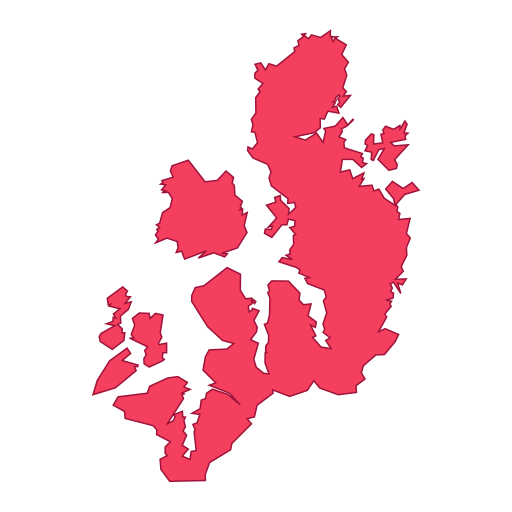 Øksnes nor, Nordland, Norway (Albers equal-area conic projection)
{"feature_id": "86288312B99132950125054", "entity_name": "Øksnes nor", "entity_type": "district", "adm_level": 2, "iso_a3": "NOR", "parent_name": "Norway", "parent_adm1": "Nordland", "projection": "albers", "projection_center": [15.043, 68.874], "detail": "fine", "context": "isolated", "style": "filled", "palette": "rose", "viewbox_px": 512, "rotation_deg": 0, "n_neighbors": 0, "source": "geoboundaries", "source_scale": "gbopen_adm2", "svg_char_len": 6090}
<svg xmlns="http://www.w3.org/2000/svg" viewBox="0 0 512 512"><path d="M251.5,423.8L247.1,418.7L254.4,417.0L257.1,405.2L273.0,393.3L272.7,389.9L289.7,396.4L307.3,390.4L313.8,380.7L319.9,388.1L338.3,394.7L356.4,392.4L356.1,385.6L365.0,379.0L361.4,372.8L363.3,365.8L376.0,354.9L384.4,354.6L395.1,341.7L398.6,334.5L385.1,328.7L378.5,331.7L386.7,317.0L384.8,314.0L391.2,306.3L389.8,304.0L391.6,301.2L385.8,300.1L393.0,298.1L393.5,293.1L390.6,291.6L392.3,288.1L390.4,283.9L393.5,282.2L400.8,293.5L397.7,283.1L402.4,284.9L406.2,278.9L395.4,279.3L403.3,271.2L401.2,266.6L406.8,255.4L406.4,247.7L410.3,238.0L406.4,233.4L410.1,218.4L398.6,219.5L399.9,213.4L396.9,211.4L397.8,207.1L395.9,204.5L404.7,194.5L419.0,190.2L412.1,182.5L403.2,188.5L392.4,181.4L385.7,189.1L393.6,198.7L395.1,205.3L384.3,198.3L378.9,189.1L373.9,191.0L372.0,185.2L359.1,186.3L363.9,178.6L361.7,179.3L363.9,172.9L352.7,178.6L349.7,169.8L340.4,172.1L342.4,159.4L352.8,159.4L361.6,167.5L366.6,163.6L362.4,162.8L363.2,158.2L360.8,156.7L362.4,153.6L344.3,147.8L343.9,142.0L345.8,139.7L339.0,136.9L342.3,131.6L341.4,129.0L347.0,126.0L353.4,119.8L352.8,119.3L347.8,125.0L342.9,117.5L335.3,126.1L323.9,128.5L325.6,131.2L323.1,142.4L316.6,133.1L305.4,140.1L294.9,136.8L314.3,132.7L320.4,127.7L320.1,118.5L324.3,119.1L327.8,111.2L338.9,113.1L336.6,106.2L332.5,107.2L335.3,102.7L332.9,101.9L336.2,100.4L335.5,97.7L338.9,94.9L340.1,96.1L337.8,98.5L339.7,102.3L337.8,104.7L340.7,107.4L350.5,95.4L343.3,96.1L346.4,91.6L342.8,87.8L346.8,75.3L344.5,68.8L348.4,62.2L341.7,54.5L346.3,44.9L335.5,38.3L337.4,36.8L335.5,36.8L333.3,41.5L331.3,38.0L333.6,36.8L330.3,36.3L330.4,30.7L320.5,37.5L311.5,34.9L308.4,38.8L303.6,34.8L306.4,33.5L301.6,34.2L303.5,36.5L297.9,40.7L299.0,45.4L294.0,47.8L294.7,51.6L276.6,66.1L268.9,63.7L265.4,69.9L260.8,62.9L255.0,64.3L257.9,70.3L254.8,73.3L255.0,78.3L262.9,83.4L258.1,89.1L260.0,91.8L255.7,97.6L255.9,113.0L251.3,119.4L253.0,124.6L251.4,131.9L254.9,132.2L257.5,142.7L252.3,149.0L248.0,146.9L247.6,150.6L253.0,158.0L267.6,164.3L271.0,172.0L269.0,177.9L271.3,185.8L288.1,198.7L287.6,203.4L294.6,202.5L295.7,207.5L288.4,214.4L289.2,208.7L280.6,200.3L280.3,195.5L274.6,197.5L275.9,202.1L266.5,205.2L276.7,217.9L268.4,227.1L272.2,226.0L271.5,229.5L265.3,229.1L264.5,233.3L271.8,237.4L281.9,224.8L286.9,224.8L288.4,219.1L295.0,220.6L294.7,226.2L289.8,227.7L295.7,234.5L293.4,235.3L293.6,244.5L289.7,249.9L290.3,253.8L286.1,255.3L292.4,259.5L282.2,257.6L278.9,261.8L296.3,267.4L300.1,270.0L298.8,273.0L309.3,277.7L304.9,278.4L307.6,283.6L324.2,290.0L326.3,297.0L323.4,300.8L326.7,312.8L323.0,323.9L324.7,329.4L323.1,332.4L330.1,337.7L325.7,340.5L331.1,348.6L321.1,347.1L312.6,337.4L315.9,335.9L310.5,325.1L315.3,327.4L316.3,322.0L308.0,315.8L311.1,303.9L303.4,304.7L299.1,300.0L299.9,293.1L288.4,281.1L271.8,280.9L267.9,285.0L269.5,290.7L267.7,292.7L269.9,297.7L269.5,315.0L267.5,323.1L264.4,324.3L268.7,335.5L268.5,342.4L265.8,345.9L265.6,352.0L267.5,352.8L265.2,352.8L265.0,362.8L269.0,374.0L263.6,373.2L256.3,367.4L253.8,359.3L258.3,343.2L250.6,339.7L256.4,332.0L257.3,327.4L253.9,320.4L259.1,310.8L251.8,308.1L253.1,309.2L249.1,311.9L248.3,306.2L252.1,303.5L251.2,299.6L254.5,303.7L255.8,301.5L251.4,298.1L245.6,298.8L240.3,290.2L240.5,274.2L227.1,267.6L204.0,285.7L195.2,287.6L191.7,295.7L191.7,301.5L207.8,326.9L222.5,340.4L233.8,343.5L226.7,349.1L209.2,349.9L205.4,356.7L203.0,370.1L215.7,382.8L209.3,385.3L229.4,393.1L240.2,404.9L227.8,394.4L212.4,389.2L206.6,393.2L205.5,398.6L201.2,400.2L200.1,408.7L192.0,413.3L199.9,414.4L197.0,422.9L192.9,424.4L195.2,429.9L194.1,431.8L196.2,450.7L191.2,451.4L190.0,459.5L182.3,456.1L188.3,449.1L182.3,445.3L186.6,435.2L183.1,431.0L185.4,426.8L183.9,420.6L185.4,417.1L182.7,417.1L182.4,411.3L173.5,414.8L175.0,416.7L173.5,420.6L167.3,423.7L183.5,398.6L181.9,394.6L184.0,393.9L182.2,392.9L190.1,389.4L183.9,387.1L187.4,382.4L177.8,376.6L167.6,378.0L149.6,386.3L147.3,393.2L118.1,396.8L113.2,405.2L124.5,411.4L125.1,418.4L153.0,425.6L156.8,429.8L156.6,434.6L170.4,441.8L165.2,446.9L165.1,453.3L167.2,455.6L160.1,459.3L160.9,469.3L169.7,481.3L205.4,480.5L205.3,474.4L209.6,462.5L230.6,449.8L231.9,443.4L251.5,423.8ZM188.3,160.2L172.0,165.8L170.4,171.1L173.2,177.2L161.9,180.6L163.2,182.6L160.7,184.1L165.7,184.9L161.6,189.8L165.6,191.0L161.8,192.6L168.4,192.4L172.3,198.6L170.0,207.7L162.6,212.5L159.6,223.2L156.5,224.8L159.6,227.6L156.7,229.5L158.0,231.4L155.4,235.0L158.4,239.2L155.6,242.9L167.0,238.1L177.2,241.5L178.1,247.7L176.2,252.5L181.6,251.2L184.6,259.1L206.3,250.9L198.3,258.1L213.8,252.8L224.6,256.9L227.3,253.7L221.7,253.3L237.4,247.9L247.0,232.5L244.2,225.7L247.2,212.5L242.2,214.9L242.6,209.4L238.9,209.9L242.3,208.8L240.3,206.7L242.4,201.3L234.9,195.1L234.3,185.5L232.2,183.2L233.5,177.4L226.0,171.0L217.2,180.4L205.1,181.8L188.3,160.2ZM149.1,313.4L139.3,313.0L132.4,318.4L134.7,325.3L131.2,334.6L133.9,338.1L129.6,338.1L147.7,346.9L144.7,350.4L146.2,355.0L143.9,358.5L144.1,363.9L149.3,367.0L162.7,360.8L164.3,359.3L162.4,358.1L162.8,352.7L166.6,352.7L166.6,343.1L158.9,344.6L158.5,343.1L161.8,337.3L160.3,332.7L163.0,315.0L155.5,313.4L150.1,318.4L149.1,313.4ZM404.9,121.0L400.1,129.0L399.8,125.5L393.6,129.3L385.5,126.2L382.8,130.1L384.0,133.5L380.9,134.3L382.8,142.8L373.6,144.0L373.8,134.7L371.3,133.9L365.5,140.1L365.1,143.9L367.6,145.5L365.0,150.8L371.6,152.1L371.2,159.4L373.2,160.5L378.8,149.7L384.4,148.4L378.0,159.4L388.9,170.3L396.5,168.4L397.2,164.4L394.6,159.7L408.2,144.8L394.4,145.9L390.5,142.4L405.7,139.4L405.0,135.9L407.9,133.2L404.0,132.8L407.1,124.3L404.9,121.0ZM127.1,348.1L109.6,360.8L97.3,380.4L93.0,394.7L115.4,387.8L136.2,370.6L134.4,366.7L137.7,366.6L138.1,365.1L122.2,360.5L130.6,353.5L127.1,348.1ZM122.7,286.9L107.3,298.3L108.2,304.8L110.4,304.3L109.0,306.0L119.9,308.9L113.4,313.9L115.9,318.0L113.2,317.3L112.9,321.4L106.5,323.8L114.7,325.7L101.1,333.4L99.2,336.5L100.2,341.5L112.3,349.4L123.9,340.4L124.8,332.7L121.9,333.0L122.3,328.8L117.5,324.4L120.8,323.0L120.4,316.1L128.3,309.5L131.2,301.8L125.0,303.4L130.4,296.8L126.6,296.4L125.4,294.9L127.4,291.0L122.7,286.9Z" fill="#f43f5e" stroke="#9f1239" stroke-width="1.5"/></svg>